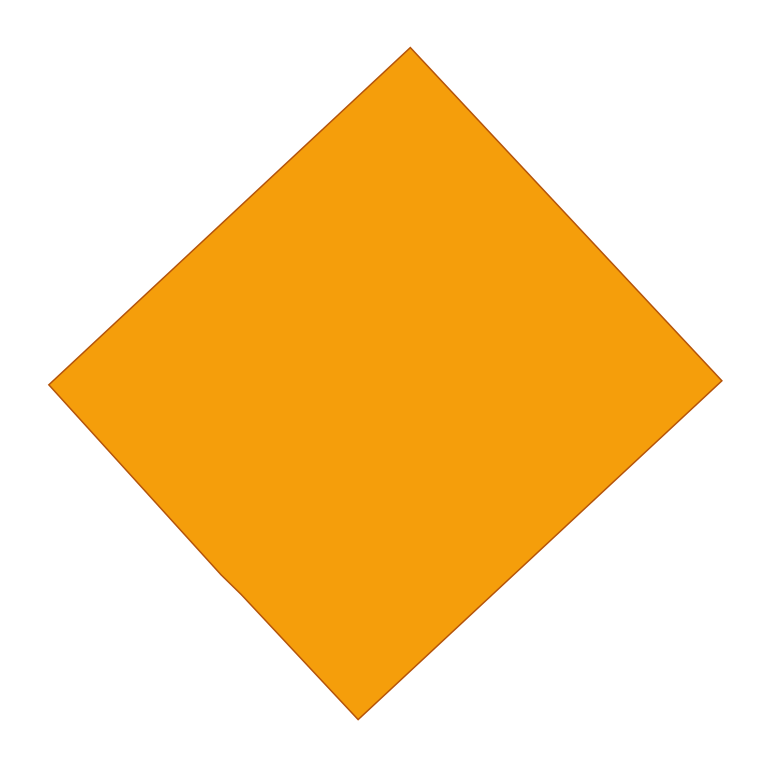 the district of Logan, Nebraska, United States of America, rotated 317°
{"feature_id": "52423323B8121394527401", "entity_name": "Logan", "entity_type": "district", "adm_level": 2, "iso_a3": "USA", "parent_name": "United States of America", "parent_adm1": "Nebraska", "projection": "robinson", "projection_center": [-100.486, 41.567], "detail": "fine", "context": "isolated", "style": "filled", "palette": "amber", "viewbox_px": 768, "rotation_deg": 317, "n_neighbors": 0, "source": "geoboundaries", "source_scale": "gbopen_adm2", "svg_char_len": 267}
<svg xmlns="http://www.w3.org/2000/svg" viewBox="0 0 768 768"><g transform="rotate(317 384 384)"><path d="M617.4,155.9L138.3,156.0L134.7,412.7L136.0,440.7L136.2,611.8L633.3,612.1L632.7,155.9L617.4,155.9Z" fill="#f59e0b" stroke="#b45309" stroke-width="1.5"/></g></svg>